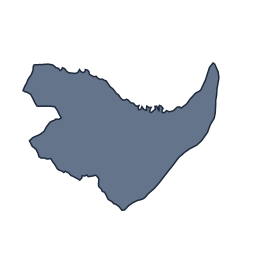 Mundo Novo, Mato Grosso do Sul, Brazil, rotated 349°
{"feature_id": "56859067B58386518571504", "entity_name": "Mundo Novo", "entity_type": "district", "adm_level": 2, "iso_a3": "BRA", "parent_name": "Brazil", "parent_adm1": "Mato Grosso do Sul", "projection": "mercator", "projection_center": [-54.282, -23.941], "detail": "fine", "context": "isolated", "style": "filled", "palette": "slate", "viewbox_px": 256, "rotation_deg": 349, "n_neighbors": 0, "source": "geoboundaries", "source_scale": "gbopen_adm2", "svg_char_len": 2734}
<svg xmlns="http://www.w3.org/2000/svg" viewBox="0 0 256 256"><g transform="rotate(349 128 128)"><path d="M223.9,80.4L219.6,84.0L213.3,95.5L206.7,104.6L204.3,105.7L202.0,106.3L200.4,107.0L198.8,108.3L196.9,109.7L195.1,110.9L192.4,113.4L190.8,115.0L189.3,116.1L186.3,117.4L184.3,118.6L182.5,117.0L180.0,117.0L177.8,118.5L175.3,119.9L173.6,119.9L171.5,119.9L169.2,118.3L166.5,119.9L164.6,119.2L164.6,117.1L166.2,115.6L164.9,113.0L163.2,111.8L162.0,113.3L162.4,115.1L161.7,116.7L160.8,114.7L160.4,112.1L158.6,111.9L158.4,114.8L156.1,116.0L154.0,117.3L152.3,116.2L153.5,113.7L154.7,112.2L152.6,111.9L150.6,110.1L150.0,111.8L149.5,114.2L147.2,112.9L145.7,109.7L144.3,112.1L141.9,112.1L141.8,110.1L143.0,108.1L140.9,108.4L139.3,107.0L138.0,104.7L135.8,104.0L134.7,102.6L133.7,100.9L132.2,99.5L130.0,99.9L128.1,99.4L126.8,97.7L126.0,96.2L125.1,93.8L123.2,91.9L122.4,90.2L121.4,88.1L120.2,86.2L118.2,83.9L117.3,81.7L116.2,79.2L115.5,77.5L114.0,76.8L112.2,75.1L110.5,75.1L108.9,74.2L107.6,73.1L106.7,71.2L103.9,71.0L102.2,69.5L100.4,68.1L100.3,65.0L99.2,63.4L97.2,62.5L96.5,64.6L94.3,65.0L92.4,63.6L91.6,61.4L89.5,63.7L87.7,64.4L86.0,64.2L84.0,63.6L80.3,62.4L78.5,60.6L77.2,57.7L75.1,56.3L73.7,58.2L72.1,58.5L71.2,56.2L68.8,55.1L67.4,53.1L65.7,51.4L64.0,50.9L61.7,50.0L59.8,49.8L58.0,49.5L55.1,49.3L53.4,48.8L51.5,48.7L49.4,48.2L47.5,48.3L46.6,50.0L45.8,53.1L44.3,55.6L42.8,57.7L40.8,59.5L38.9,61.6L37.8,63.4L36.6,65.2L35.4,66.4L33.8,68.6L32.1,71.3L33.9,72.9L35.8,73.7L38.9,76.5L40.2,80.5L40.8,83.0L41.3,85.0L42.8,89.1L45.0,89.8L47.0,90.0L53.9,91.4L56.0,91.8L60.2,93.2L62.0,97.3L63.0,101.3L64.4,105.3L61.6,106.4L59.0,105.4L57.2,106.4L54.9,106.7L52.7,107.4L49.5,110.1L48.0,111.5L46.4,113.5L45.1,115.2L43.2,116.1L40.4,117.5L37.4,118.2L35.0,118.7L32.7,119.3L28.8,121.7L30.5,127.8L32.2,129.6L33.6,131.3L34.9,135.8L35.1,139.2L37.1,141.0L40.3,141.5L42.4,143.0L44.6,143.2L46.4,143.3L47.3,145.8L48.0,147.6L49.0,149.3L50.1,152.5L50.7,154.4L52.2,156.2L54.6,157.4L56.5,159.4L57.9,158.5L61.1,160.7L62.9,163.7L65.2,165.2L67.4,167.1L69.0,168.3L70.7,170.0L73.2,168.1L73.9,166.1L76.4,166.9L78.6,166.2L79.6,168.2L84.5,168.4L87.2,168.1L88.8,170.2L89.7,172.6L88.3,177.3L88.1,179.9L90.3,183.1L90.7,185.3L92.7,186.6L93.6,189.1L94.9,194.3L98.2,197.2L99.6,199.6L101.8,200.8L104.4,203.7L106.3,207.6L109.0,207.8L113.9,204.3L118.4,202.3L123.6,200.9L126.6,200.8L129.6,200.3L132.0,199.1L134.9,196.6L142.3,192.3L148.1,187.8L155.8,181.0L166.6,171.7L169.6,168.9L172.5,166.4L175.8,164.6L178.5,162.9L184.3,160.3L192.3,157.9L196.7,155.2L198.4,153.9L203.7,148.9L205.4,147.1L209.4,140.5L214.4,134.9L216.5,129.9L218.7,121.1L219.4,117.4L220.1,115.8L221.5,111.8L222.6,107.2L226.8,96.1L227.2,90.2L225.3,81.8L223.9,80.4Z" fill="#64748b" stroke="#1e293b" stroke-width="1.5"/></g></svg>